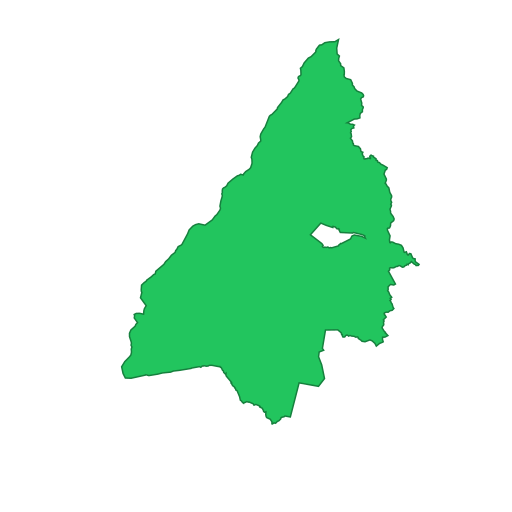 outline of Hwange, Matabeleland North, Zimbabwe, rotated 63°
{"feature_id": "62879985B77670672881921", "entity_name": "Hwange", "entity_type": "district", "adm_level": 2, "iso_a3": "ZWE", "parent_name": "Zimbabwe", "parent_adm1": "Matabeleland North", "projection": "robinson", "projection_center": [26.512, -18.839], "detail": "fine", "context": "isolated", "style": "filled", "palette": "green", "viewbox_px": 512, "rotation_deg": 63, "n_neighbors": 0, "source": "geoboundaries", "source_scale": "gbopen_adm2", "svg_char_len": 6115}
<svg xmlns="http://www.w3.org/2000/svg" viewBox="0 0 512 512"><g transform="rotate(63 256 256)"><path d="M337.5,114.5L333.6,116.5L332.5,116.4L330.8,115.5L329.7,116.9L328.7,117.3L324.3,117.0L323.4,118.2L324.3,119.8L324.2,120.1L323.4,120.5L320.5,120.1L320.3,121.9L319.8,122.3L315.5,121.3L312.5,121.6L310.3,123.5L308.4,126.0L305.7,127.9L304.8,129.3L305.2,130.4L304.7,130.7L302.1,129.7L298.9,127.4L292.8,127.2L291.2,126.5L291.0,126.0L291.6,124.6L291.5,124.1L290.1,122.4L287.8,121.1L287.0,117.3L285.7,116.1L283.0,115.9L278.9,116.6L277.2,115.8L275.1,115.4L272.9,112.7L272.1,112.2L271.1,112.5L269.7,110.7L268.3,110.8L266.6,110.2L265.0,108.3L263.8,107.8L260.0,107.9L255.6,106.7L252.9,107.5L251.1,107.4L249.9,107.9L247.6,105.4L246.6,104.9L241.1,104.8L238.1,101.7L238.2,100.4L236.9,99.0L232.7,101.6L230.8,103.1L228.8,103.6L227.6,104.9L226.1,104.5L225.2,105.5L223.8,104.9L221.2,106.4L220.4,106.0L219.1,107.3L218.6,107.4L218.3,107.9L218.8,109.3L219.4,109.6L220.8,109.5L221.1,109.9L219.6,111.7L219.7,112.9L219.1,114.0L219.1,114.9L218.3,115.7L216.5,114.7L215.6,115.2L213.2,115.0L212.1,113.7L210.6,115.0L207.6,114.2L206.5,114.7L205.0,114.9L202.4,118.2L201.4,118.8L199.9,118.2L199.3,118.6L197.3,117.8L193.9,118.4L193.1,116.7L190.2,115.7L189.2,115.9L188.3,114.6L186.6,114.3L185.9,112.6L186.3,110.7L184.4,110.2L184.0,108.9L182.5,110.1L181.6,111.9L179.2,113.5L178.7,114.3L178.6,106.3L179.7,103.7L180.1,100.7L178.0,99.8L176.3,98.4L175.8,95.7L173.8,94.7L172.5,93.1L171.5,92.8L169.9,93.6L167.7,92.3L163.6,91.5L162.8,90.0L162.9,88.1L161.9,87.3L160.6,87.2L158.7,87.8L154.9,91.1L151.5,92.1L149.8,91.8L147.4,92.5L145.9,91.7L141.9,91.6L138.7,95.1L136.5,96.0L134.4,95.3L134.3,94.9L131.7,93.5L128.3,92.3L124.8,94.1L123.1,93.3L119.6,93.8L117.5,92.6L115.7,90.9L112.8,92.0L107.4,89.7L100.6,84.2L100.9,88.4L98.6,93.3L97.2,97.8L97.7,101.7L97.0,103.3L97.1,104.1L99.1,108.3L100.1,109.4L101.0,109.8L101.5,110.6L103.4,116.4L103.4,119.5L105.8,125.4L108.3,128.7L108.9,131.2L110.8,131.7L114.9,133.6L115.4,134.5L115.4,136.4L115.8,137.2L116.6,137.8L118.6,137.8L119.5,138.3L123.0,144.1L123.8,145.7L123.9,147.1L126.6,151.7L126.7,153.3L127.1,154.1L128.3,155.4L129.3,159.5L129.1,160.8L130.9,163.7L133.5,169.4L134.6,170.2L137.1,177.5L137.1,179.2L137.6,180.7L145.3,189.4L146.3,191.5L149.5,196.4L151.6,198.1L154.8,199.1L155.8,199.7L156.5,202.5L158.2,204.7L159.4,207.9L161.9,211.9L165.9,215.4L167.9,215.7L171.6,217.4L174.9,220.7L175.6,222.5L176.1,226.9L177.2,229.6L178.0,230.6L176.2,232.6L176.5,234.3L176.1,236.2L176.9,241.6L178.4,247.8L180.2,250.3L180.7,252.8L180.6,254.0L181.1,255.4L182.8,256.6L184.0,257.0L185.2,258.3L186.5,258.4L188.0,259.4L190.9,262.2L195.2,265.5L197.2,265.9L197.9,266.4L198.8,267.4L201.4,272.2L201.8,274.2L204.0,278.6L205.4,287.4L201.3,292.4L200.6,295.6L200.7,298.7L201.1,299.9L202.4,303.7L205.2,306.9L211.9,316.5L212.3,317.4L212.3,321.1L214.0,323.4L214.7,325.1L216.1,326.5L216.9,331.0L218.9,335.1L220.0,339.1L221.6,341.8L224.1,352.2L226.2,353.9L226.1,355.6L227.0,358.7L227.9,364.3L228.6,365.3L228.9,367.6L230.0,371.2L234.0,373.6L235.4,374.2L236.6,374.2L240.8,377.9L250.4,376.4L252.3,379.4L253.8,380.7L256.8,382.6L254.4,385.5L252.8,388.7L252.8,391.1L254.2,391.3L255.9,392.6L261.6,391.8L262.4,394.1L263.7,395.6L265.1,401.0L267.4,403.8L270.4,405.3L276.0,406.2L277.2,406.6L278.7,407.8L280.8,407.9L282.3,409.4L285.2,410.6L287.4,412.4L288.4,414.5L290.5,420.8L293.7,426.0L300.4,427.8L305.4,427.8L308.2,422.8L311.9,408.6L311.7,408.1L313.9,405.8L316.7,397.0L317.7,392.5L320.7,384.8L321.0,381.8L323.1,376.2L326.7,364.9L326.6,364.3L328.9,356.6L330.1,355.7L329.6,353.7L330.1,353.1L330.1,352.2L331.7,350.2L332.3,348.5L332.2,347.3L333.3,345.0L337.5,339.6L338.2,338.2L339.0,338.3L339.6,337.6L342.6,337.7L343.3,337.2L345.1,337.6L347.3,336.9L347.0,336.1L348.3,336.8L349.5,337.0L357.0,335.3L357.6,335.9L357.9,335.3L358.8,335.7L360.9,335.7L362.8,334.7L363.8,334.9L364.2,334.4L366.3,334.8L367.4,334.0L373.9,334.5L377.4,335.4L378.4,334.8L380.4,334.5L381.7,333.8L381.2,333.1L381.6,331.9L381.5,330.5L382.9,328.9L382.9,328.5L386.4,325.6L388.0,325.5L388.2,323.5L391.0,321.0L391.9,320.7L392.0,321.2L392.3,321.2L394.4,319.6L396.9,319.5L398.0,319.8L399.1,319.3L399.3,317.9L401.7,319.3L403.9,319.9L405.0,319.7L407.9,317.4L411.0,317.1L412.8,318.0L413.1,317.7L412.9,315.6L413.8,314.8L413.7,313.6L413.1,312.3L413.2,310.4L412.4,308.0L411.5,307.2L411.4,306.2L412.0,303.9L411.7,303.2L411.9,302.6L415.0,298.5L388.6,275.2L400.5,259.5L396.3,250.6L382.9,246.9L374.2,246.0L370.2,243.3L370.7,238.5L368.5,238.8L353.5,227.7L358.9,216.7L363.1,214.9L364.6,215.3L365.2,214.8L365.8,215.3L367.7,215.3L368.4,213.7L367.6,212.1L367.7,210.9L368.4,210.2L369.4,209.9L369.5,208.3L370.8,207.1L372.1,205.0L373.6,204.0L374.1,202.4L374.9,201.9L375.9,202.3L378.7,200.7L380.1,200.3L381.9,197.8L382.5,192.6L384.4,191.0L387.9,189.7L390.9,189.7L390.0,185.6L390.3,182.1L390.2,181.6L387.8,181.2L385.8,180.1L386.8,178.0L386.8,174.6L384.2,175.3L383.5,175.8L382.8,175.3L381.5,175.9L377.2,176.3L376.3,175.4L375.3,173.4L372.6,172.3L372.1,171.4L370.7,171.5L369.5,167.7L367.1,167.9L366.9,168.2L365.3,167.9L365.0,167.4L365.2,165.3L366.1,163.8L365.6,161.6L366.2,159.3L365.4,157.0L364.1,157.2L360.4,156.5L359.0,156.8L357.4,156.5L356.5,156.9L355.9,155.3L354.6,155.6L354.4,153.8L351.2,154.4L348.4,154.1L346.7,154.5L346.1,153.6L343.4,152.3L342.4,149.1L344.4,146.4L344.3,144.5L329.7,144.9L329.0,143.1L327.5,142.5L327.4,141.6L328.8,139.3L329.1,138.1L329.0,135.9L329.5,134.7L329.4,133.0L330.0,132.1L332.4,130.7L332.7,130.0L332.8,128.9L332.3,127.9L332.5,126.1L331.9,125.2L332.9,124.4L332.2,123.7L332.2,121.7L331.5,120.1L335.1,118.7L335.9,117.9L337.2,117.7L338.1,115.6L337.5,114.5ZM279.4,159.5L279.3,158.5L285.0,151.8L287.3,149.9L288.6,150.5L289.7,150.5L286.5,153.0L281.9,158.9L281.8,161.5L283.7,164.0L283.7,174.4L283.2,175.0L283.7,176.1L283.7,177.0L284.4,178.0L283.1,184.8L282.3,185.7L282.3,186.4L281.9,187.2L280.6,187.9L280.3,189.5L279.3,190.7L279.3,191.6L278.3,192.4L277.6,192.5L277.0,191.4L274.8,191.7L261.8,197.9L256.1,183.3L260.6,179.5L265.5,174.6L264.6,173.9L266.3,172.1L268.4,171.6L268.8,171.2L269.0,170.1L269.9,169.7L270.3,170.2L273.3,170.2L279.4,159.5Z" fill="#22c55e" stroke="#15803d" stroke-width="1.5"/></g></svg>